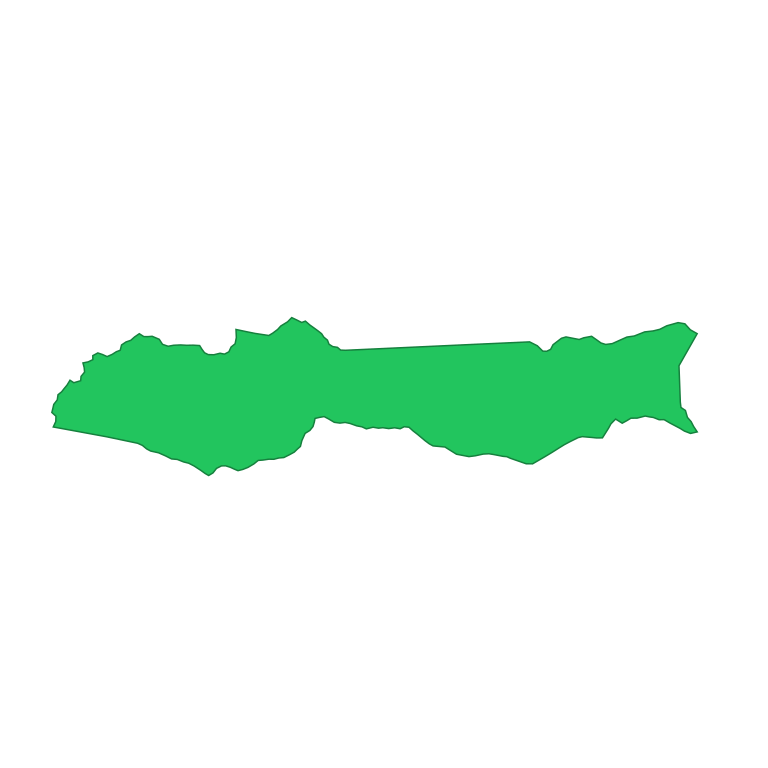 the district of Ubajara, Ceará, Brazil, rotated 194°
{"feature_id": "56859067B8309642510802", "entity_name": "Ubajara", "entity_type": "district", "adm_level": 2, "iso_a3": "BRA", "parent_name": "Brazil", "parent_adm1": "Ceará", "projection": "mercator", "projection_center": [-40.995, -3.875], "detail": "fine", "context": "isolated", "style": "filled", "palette": "green", "viewbox_px": 768, "rotation_deg": 194, "n_neighbors": 0, "source": "geoboundaries", "source_scale": "gbopen_adm2", "svg_char_len": 2761}
<svg xmlns="http://www.w3.org/2000/svg" viewBox="0 0 768 768"><g transform="rotate(194 384 384)"><path d="M92.3,508.6L99.9,510.7L106.6,515.2L113.5,514.7L123.7,508.9L129.6,503.8L135.7,500.6L143.7,497.6L152.8,491.1L159.7,488.3L172.3,478.4L178.5,476.0L183.4,476.3L187.4,477.9L194.1,480.5L201.3,477.2L205.4,474.4L218.8,473.7L222.9,471.3L229.5,463.0L230.7,457.9L234.1,455.1L237.9,454.3L244.5,458.2L252.9,460.1L260.6,457.8L307.3,443.9L429.5,407.4L434.3,406.4L438.0,408.3L442.8,407.9L447.0,409.3L449.5,412.9L453.7,414.9L456.7,417.7L460.7,419.5L465.6,421.5L470.2,423.3L475.5,426.0L478.7,423.8L484.1,425.0L489.6,426.1L492.6,421.0L498.2,415.3L500.4,411.2L504.2,406.5L507.5,403.2L521.2,401.9L529.7,401.5L540.8,401.1L538.5,393.3L538.2,387.0L541.3,382.9L542.3,377.7L546.0,374.4L550.5,374.2L556.2,371.2L561.7,370.0L565.7,370.9L569.0,373.6L572.2,376.7L578.6,375.5L584.9,373.8L590.8,372.7L597.5,370.7L602.6,368.4L608.5,368.9L612.9,373.0L620.5,374.2L624.7,372.8L628.5,371.9L633.6,373.6L637.4,369.3L640.3,365.1L644.5,362.4L648.1,358.4L648.1,352.9L651.5,350.6L654.9,347.0L659.3,343.6L664.2,344.5L669.2,344.9L673.4,341.1L672.4,337.2L676.4,333.9L681.2,331.6L678.9,327.4L677.4,323.1L679.8,318.1L679.1,313.8L685.3,310.2L689.6,311.7L691.3,306.2L693.2,302.3L694.9,298.4L697.7,294.8L697.2,289.5L699.5,284.3L699.4,280.2L699.4,276.0L694.5,273.4L693.4,268.2L694.5,262.3L640.3,265.7L608.7,266.9L603.6,266.0L598.6,263.6L594.2,262.5L586.1,262.7L578.6,261.4L572.0,259.9L566.3,260.8L559.6,259.9L554.3,259.9L548.4,258.5L540.9,255.9L535.9,253.9L532.0,252.8L528.4,256.4L526.1,261.6L521.9,265.2L517.9,266.3L512.9,266.0L508.8,265.2L504.7,264.6L500.4,266.9L495.9,270.1L490.9,275.0L487.6,279.4L483.1,280.9L477.5,283.2L472.7,284.3L468.1,286.8L463.4,288.4L458.6,292.5L454.6,296.2L452.3,299.9L450.0,303.2L450.0,309.2L448.6,317.0L444.7,321.0L442.6,325.5L442.4,330.1L442.6,333.9L438.5,336.0L434.2,337.9L429.3,336.7L423.0,334.8L417.3,335.4L412.4,337.3L407.4,337.5L400.3,336.8L395.0,337.1L390.3,336.2L384.2,339.4L378.7,339.8L374.6,341.3L368.6,341.9L363.1,344.1L357.5,344.5L354.1,347.4L349.3,348.1L344.4,345.5L339.2,343.2L334.7,341.0L330.6,339.0L325.6,336.9L321.4,335.8L309.6,337.6L304.7,336.0L296.7,333.4L284.0,334.1L278.1,336.4L270.8,340.0L265.3,341.7L260.6,342.1L251.0,342.6L247.2,343.2L243.4,342.5L226.8,341.0L220.5,342.5L210.5,352.2L205.0,357.7L202.3,360.5L198.3,364.7L194.3,368.8L189.4,373.2L182.7,378.9L178.9,380.9L168.8,382.5L164.6,383.1L159.0,384.6L155.5,395.2L154.2,400.2L150.8,406.0L143.4,403.6L139.7,407.0L136.1,410.6L130.2,412.1L122.8,416.1L118.5,416.3L114.6,416.7L108.4,415.9L103.6,417.2L97.1,415.3L86.1,412.6L81.1,411.0L74.6,410.2L68.5,413.3L73.3,417.7L76.9,421.8L81.5,425.0L85.1,431.2L90.2,433.1L92.1,438.1L102.2,473.1L92.3,508.6Z" fill="#22c55e" stroke="#15803d" stroke-width="1.5"/></g></svg>